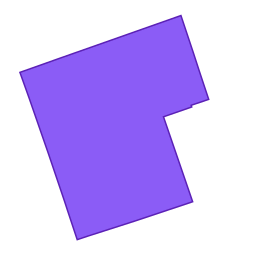 Livingston, Illinois, United States of America (Mercator projection), rotated 252°
{"feature_id": "52423323B19180764669845", "entity_name": "Livingston", "entity_type": "district", "adm_level": 2, "iso_a3": "USA", "parent_name": "United States of America", "parent_adm1": "Illinois", "projection": "mercator", "projection_center": [-88.597, 40.865], "detail": "fine", "context": "isolated", "style": "filled", "palette": "violet", "viewbox_px": 256, "rotation_deg": 252, "n_neighbors": 0, "source": "geoboundaries", "source_scale": "gbopen_adm2", "svg_char_len": 372}
<svg xmlns="http://www.w3.org/2000/svg" viewBox="0 0 256 256"><g transform="rotate(252 128 128)"><path d="M127.2,44.4L77.3,45.0L68.4,45.0L37.5,45.2L37.6,56.9L37.4,106.7L37.9,166.7L127.7,165.2L128.3,195.1L130.1,195.1L130.3,213.6L160.2,213.4L179.0,213.4L218.6,213.1L215.4,83.7L214.3,42.4L187.1,43.2L127.2,44.4Z" fill="#8b5cf6" stroke="#5b21b6" stroke-width="1.5"/></g></svg>